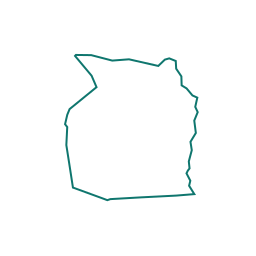 the district of Saluda, South Carolina, United States of America, rotated 64°
{"feature_id": "52423323B78035589313404", "entity_name": "Saluda", "entity_type": "district", "adm_level": 2, "iso_a3": "USA", "parent_name": "United States of America", "parent_adm1": "South Carolina", "projection": "natural_earth1", "projection_center": [-81.736, 34.001], "detail": "fine", "context": "isolated", "style": "outline", "palette": "teal", "viewbox_px": 256, "rotation_deg": 64, "n_neighbors": 0, "source": "geoboundaries", "source_scale": "gbopen_adm2", "svg_char_len": 640}
<svg xmlns="http://www.w3.org/2000/svg" viewBox="0 0 256 256"><g transform="rotate(64 128 128)"><path d="M85.5,73.6L66.7,97.0L60.5,112.6L46.4,129.1L39.5,142.8L40.0,144.0L65.1,137.8L77.5,138.4L85.4,172.2L89.5,176.8L97.0,182.9L100.5,182.2L116.3,190.9L134.5,196.5L157.4,203.6L179.6,182.2L183.8,178.2L184.2,175.0L195.8,147.3L209.8,114.5L216.5,97.4L206.7,98.4L202.7,95.1L194.4,95.3L192.6,93.0L191.3,90.4L184.7,88.0L175.9,80.4L167.8,77.9L162.2,69.2L150.4,65.2L144.3,58.4L138.5,58.3L131.1,52.4L127.0,55.8L118.1,58.0L113.2,61.1L105.0,57.4L95.8,58.7L88.7,55.7L83.5,60.4L82.7,64.9L85.5,73.6Z" fill="none" stroke="#0f766e" stroke-width="2"/></g></svg>